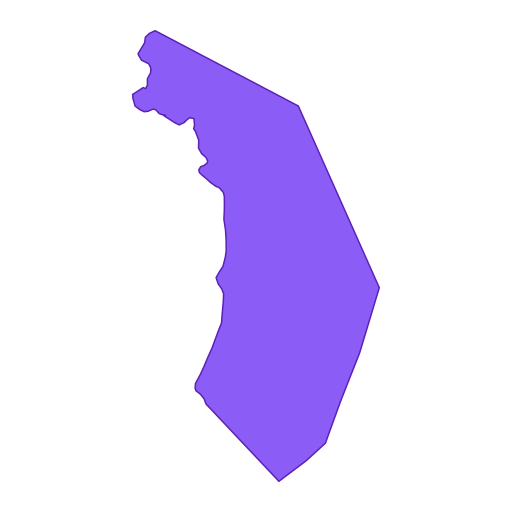 Trou Florent/Marc, Castries, Saint Lucia
{"feature_id": "8701671B51264810574376", "entity_name": "Trou Florent/Marc", "entity_type": "district", "adm_level": 2, "iso_a3": "LCA", "parent_name": "Saint Lucia", "parent_adm1": "Castries", "projection": "equal_earth", "projection_center": [-60.957, 13.946], "detail": "fine", "context": "isolated", "style": "filled", "palette": "violet", "viewbox_px": 512, "rotation_deg": 0, "n_neighbors": 0, "source": "geoboundaries", "source_scale": "gbopen_adm2", "svg_char_len": 1325}
<svg xmlns="http://www.w3.org/2000/svg" viewBox="0 0 512 512"><path d="M379.3,287.7L298.3,106.0L155.1,30.7L149.4,33.4L145.4,37.1L144.6,42.8L141.4,48.2L138.1,53.6L138.6,55.3L141.6,60.3L148.6,63.7L150.9,68.1L150.6,72.8L147.4,78.8L147.4,85.2L145.6,88.6L143.1,87.6L132.7,94.4L133.1,94.7L132.8,95.8L132.9,98.3L133.7,101.0L135.1,106.1L139.8,109.6L144.1,111.7L148.1,111.3L150.2,110.3L153.5,109.0L156.0,110.0L158.8,113.1L159.1,113.5L161.6,114.5L165.8,115.3L164.2,115.8L165.9,117.0L169.4,119.2L174.7,122.7L179.3,124.9L184.5,122.3L186.9,119.8L189.7,117.7L194.0,118.7L194.5,125.3L193.6,128.8L195.5,131.5L198.7,140.2L198.5,148.2L201.8,153.9L205.9,157.3L207.7,161.2L207.1,163.0L204.3,165.3L200.6,166.8L198.8,169.9L199.5,172.7L202.6,175.6L205.4,177.8L210.3,182.3L215.8,186.3L219.3,187.7L223.3,192.4L224.3,196.1L224.4,205.0L224.3,210.8L223.9,219.1L224.8,225.4L225.5,229.9L226.1,239.9L226.2,250.8L225.3,257.2L223.0,266.3L219.1,272.3L216.1,277.7L218.2,283.9L221.8,289.0L223.6,293.8L223.3,301.4L222.3,312.6L221.5,323.0L218.9,329.5L215.2,339.4L212.2,347.6L207.8,357.4L203.8,366.9L200.7,373.7L195.5,383.4L195.1,388.2L196.0,390.8L200.3,394.1L204.0,398.7L206.1,404.1L278.9,481.3L283.4,477.9L306.2,460.7L325.4,443.2L325.8,442.2L327.4,437.6L340.5,401.5L349.2,379.3L359.6,353.0L379.3,287.7Z" fill="#8b5cf6" stroke="#5b21b6" stroke-width="1.5"/></svg>